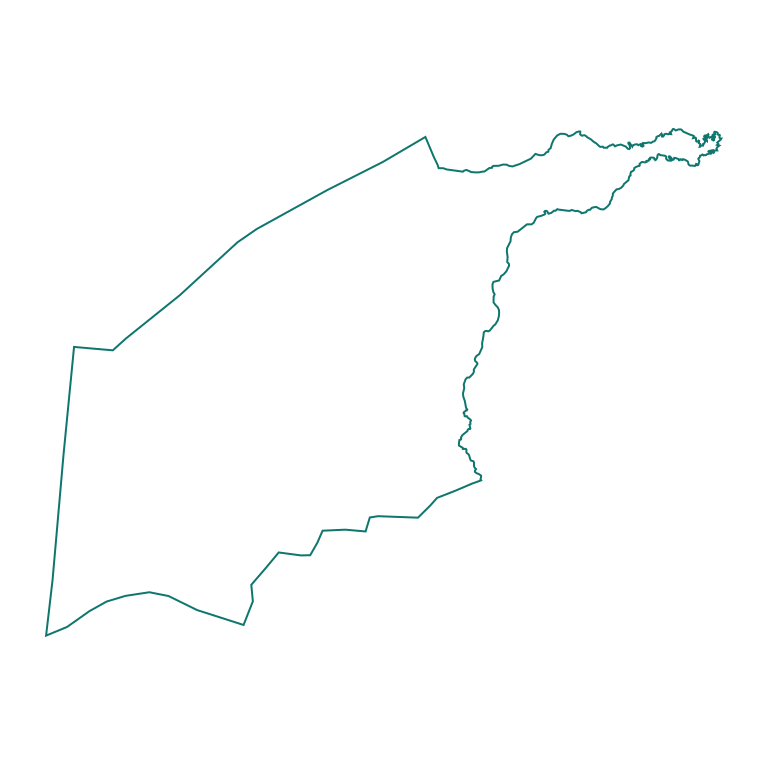 Intan Jaya, Papua, Indonesia, rotated 95°
{"feature_id": "22746128B83440404091664", "entity_name": "Intan Jaya", "entity_type": "district", "adm_level": 2, "iso_a3": "IDN", "parent_name": "Indonesia", "parent_adm1": "Papua", "projection": "albers", "projection_center": [136.506, -3.409], "detail": "fine", "context": "isolated", "style": "outline", "palette": "teal", "viewbox_px": 768, "rotation_deg": 95, "n_neighbors": 0, "source": "geoboundaries", "source_scale": "gbopen_adm2", "svg_char_len": 6045}
<svg xmlns="http://www.w3.org/2000/svg" viewBox="0 0 768 768"><g transform="rotate(95 384 384)"><path d="M471.5,278.8L470.3,279.6L468.7,279.2L466.8,279.3L465.5,281.6L464.8,283.9L463.6,285.8L462.3,285.8L460.7,284.9L459.5,286.4L457.9,287.2L454.4,287.5L453.1,288.3L452.8,290.5L451.6,291.5L448.3,292.7L446.5,293.8L445.6,295.5L444.8,296.0L442.2,296.2L441.5,296.8L441.8,299.8L440.7,300.0L438.9,303.8L437.5,304.2L433.2,304.0L432.6,302.5L431.8,302.3L430.6,302.7L427.9,301.3L423.6,296.8L422.3,296.6L421.4,295.8L421.4,294.4L420.9,294.1L417.1,295.3L416.3,294.4L414.2,294.8L412.9,294.1L412.0,294.7L410.2,297.6L408.8,298.7L409.2,300.3L408.9,300.9L406.7,301.4L406.0,302.2L404.9,301.8L404.1,300.7L403.1,300.1L403.1,299.2L402.3,298.8L400.5,300.2L393.9,302.0L389.7,303.9L386.5,304.5L381.1,303.7L377.3,304.5L372.1,303.1L370.3,301.6L370.1,299.6L366.1,296.3L364.0,295.5L361.7,295.8L355.9,292.7L354.9,292.9L353.2,295.1L351.7,295.7L349.8,295.3L348.0,294.3L345.9,291.8L338.7,289.3L335.1,289.8L327.3,289.1L323.9,289.1L322.6,288.0L322.1,286.6L322.5,284.9L321.7,283.4L316.3,279.8L314.9,278.3L310.7,276.2L306.7,275.5L302.9,275.5L300.4,275.9L297.8,277.3L295.4,280.0L293.1,282.0L287.5,282.4L285.0,281.6L282.8,283.1L279.1,284.2L275.1,284.6L272.7,283.8L270.8,278.3L266.2,276.7L264.3,274.3L261.0,271.9L255.3,269.7L253.5,270.0L251.7,271.9L246.8,271.9L241.2,273.2L237.8,273.2L230.9,270.4L226.9,270.4L223.7,269.6L221.5,267.9L220.6,264.1L212.5,255.5L212.1,250.9L210.3,248.9L205.4,246.9L204.2,246.0L202.8,242.1L201.0,238.6L199.9,238.2L198.4,239.3L197.6,238.7L197.4,237.3L197.8,236.4L200.0,235.0L199.0,232.3L196.5,229.7L196.5,228.3L194.7,226.6L195.0,225.8L195.4,215.9L195.3,213.8L194.3,212.3L195.1,208.0L194.6,206.4L195.7,203.0L196.7,202.2L195.3,197.7L194.1,197.2L192.9,195.8L192.5,194.8L192.5,193.9L190.4,192.3L189.5,189.9L189.1,187.9L190.6,184.6L191.0,183.1L191.0,180.6L189.3,178.4L187.2,176.5L184.6,174.7L183.0,174.7L179.8,173.2L178.9,173.3L176.5,172.5L174.3,172.6L171.3,170.5L169.8,169.2L169.3,167.1L167.9,164.9L165.6,163.0L163.9,162.4L159.6,158.2L156.5,157.9L155.6,157.6L155.1,156.8L154.4,156.5L153.5,156.9L151.1,156.4L150.3,154.9L148.8,153.5L147.1,153.5L145.7,151.7L144.6,149.5L144.5,148.7L144.0,148.3L142.5,148.6L140.8,147.0L140.3,146.1L140.5,143.2L139.9,141.8L139.1,142.1L138.6,141.2L138.6,140.0L137.2,139.6L137.5,139.2L137.1,138.6L135.4,138.6L135.1,137.7L135.1,134.9L135.8,134.3L136.6,134.2L136.7,133.2L137.2,133.1L136.8,132.5L135.0,131.6L132.2,131.4L131.1,130.6L131.1,129.8L131.9,128.7L132.1,124.0L132.8,122.8L134.0,122.5L135.0,122.6L136.5,120.9L136.6,118.0L136.4,117.2L135.8,117.0L135.2,117.2L134.3,119.3L132.7,120.1L132.3,119.8L132.3,119.2L133.7,117.5L135.6,116.0L135.1,114.9L133.4,114.5L133.4,113.5L134.3,110.1L135.3,109.7L135.4,109.0L134.3,108.2L134.4,107.4L134.9,106.6L134.8,106.1L134.0,105.8L134.3,104.0L135.6,101.2L136.3,100.5L138.6,99.8L139.4,98.9L139.8,97.7L139.5,95.5L139.7,93.3L139.1,92.6L138.0,92.5L137.5,92.2L137.7,91.6L138.7,91.0L138.7,90.5L138.2,90.0L134.6,89.2L132.4,90.5L131.5,90.2L131.1,89.5L130.3,89.1L129.0,89.0L128.4,87.5L127.8,87.1L127.6,86.6L128.4,85.6L128.0,84.8L128.1,83.8L127.9,83.1L127.2,82.7L126.2,80.3L126.0,78.2L125.5,78.0L124.1,79.2L124.4,80.4L124.2,81.0L123.6,80.7L122.5,77.0L124.3,77.2L125.0,75.8L124.3,75.4L123.2,76.2L122.7,75.8L122.3,72.4L120.5,73.3L118.5,72.3L117.3,70.8L116.8,73.0L115.7,71.9L114.4,73.1L111.4,70.0L110.0,69.3L109.9,70.9L108.8,71.4L106.9,71.1L106.5,71.8L106.7,72.4L106.3,73.1L104.8,73.5L104.2,74.3L103.9,76.6L104.5,77.0L106.3,75.8L106.7,77.8L107.3,78.4L108.0,78.5L108.6,78.1L108.5,76.0L108.9,75.8L109.5,75.8L110.3,76.5L112.3,76.4L112.7,77.1L111.9,78.6L110.2,78.3L109.2,78.7L109.5,80.0L110.3,81.1L109.6,82.0L108.8,82.7L108.2,82.8L107.5,82.5L106.9,82.8L108.1,84.2L108.6,86.2L109.4,86.7L110.0,86.3L110.1,85.6L109.6,85.1L109.3,83.9L109.5,83.1L110.0,82.9L111.3,84.0L112.4,84.2L113.3,83.4L113.9,83.4L113.0,84.6L111.9,84.9L111.5,85.5L111.5,86.2L112.0,87.1L113.8,85.4L115.2,85.4L116.8,86.3L117.2,87.1L117.8,86.7L118.7,86.9L118.7,88.1L119.1,89.2L120.0,89.6L120.2,90.2L118.1,89.8L117.2,90.1L116.6,91.4L114.4,91.2L114.1,91.7L115.2,92.6L115.3,93.6L114.7,94.3L112.0,94.6L111.4,95.1L112.1,97.5L110.3,96.9L109.8,97.1L108.8,101.2L106.5,107.9L104.8,109.7L104.5,110.6L104.7,112.8L106.0,115.4L104.7,117.6L105.0,118.6L107.1,119.4L108.3,121.1L109.2,120.0L110.1,119.7L110.1,122.2L110.5,122.7L110.1,124.8L110.7,126.4L112.0,126.7L113.3,127.7L113.2,128.7L111.7,128.6L110.4,129.4L112.8,131.5L113.4,133.1L114.4,134.2L115.3,134.0L117.8,135.1L118.8,136.1L119.1,137.2L120.5,138.9L120.3,141.3L121.3,144.6L121.3,147.0L122.5,147.5L123.6,146.3L124.3,146.3L125.0,147.3L124.6,148.6L122.6,149.2L123.9,151.4L123.1,152.9L123.5,154.8L124.4,156.7L126.0,157.3L122.1,160.5L122.3,161.5L123.3,161.5L124.7,160.1L127.6,159.4L128.6,160.2L128.4,161.6L126.4,163.8L124.8,169.0L126.1,173.0L127.1,174.6L125.5,176.3L125.4,177.1L126.5,178.8L126.8,179.9L128.6,182.1L129.2,182.3L129.5,185.7L128.5,186.6L128.9,189.0L128.6,189.9L125.8,193.5L124.4,196.3L122.2,199.3L120.5,203.0L119.1,204.8L118.7,206.2L119.4,208.5L118.3,210.3L115.4,210.5L115.4,211.7L116.3,214.1L119.0,217.1L120.4,219.6L121.1,221.9L119.7,223.6L119.1,226.2L119.4,230.2L121.4,233.2L125.6,236.2L130.4,237.8L134.4,238.5L136.4,240.5L138.3,240.6L139.0,242.4L141.5,244.3L142.3,246.2L142.5,249.1L141.6,253.2L146.7,257.3L153.2,268.3L156.1,275.1L155.7,278.9L154.8,280.8L155.0,284.5L156.6,288.7L157.2,294.0L158.0,295.1L159.1,295.1L159.7,297.9L163.6,302.5L163.8,304.3L164.8,307.5L165.2,310.8L165.3,315.8L164.6,317.3L163.6,320.5L164.4,322.7L165.6,324.0L164.8,340.3L163.9,343.6L164.2,348.4L161.2,349.6L153.6,354.1L134.3,364.3L162.9,404.5L195.8,457.5L240.7,524.3L255.6,542.3L313.4,595.2L361.2,645.1L374.1,657.1L374.1,696.0L482.7,697.1L608.2,697.1L664.1,698.7L653.6,678.5L635.9,657.6L624.9,641.4L617.6,623.1L611.9,599.6L614.0,580.2L625.5,550.5L636.3,502.9L611.9,495.7L595.6,498.7L577.3,485.5L561.0,474.2L562.0,451.8L561.0,442.6L547.8,436.5L535.5,432.4L532.5,409.9L532.5,389.5L518.2,386.5L516.2,378.3L514.2,338.5L501.0,327.3L492.8,321.2L484.7,304.8L475.5,287.5L471.5,278.8Z" fill="none" stroke="#0f766e" stroke-width="2"/></g></svg>